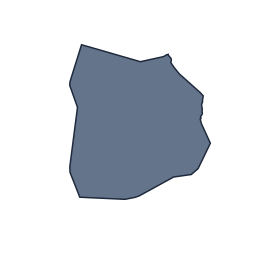 the border of Saint Thomas, rotated 119°
{"feature_id": "BRB-1999", "entity_name": "Saint Thomas", "entity_type": "Parish", "adm_level": 1, "iso_a3": "BRB", "parent_name": "Barbados", "parent_adm1": "", "projection": "orthographic", "projection_center": [-59.606, 13.184], "detail": "fine", "context": "isolated", "style": "filled", "palette": "slate", "viewbox_px": 256, "rotation_deg": 119, "n_neighbors": 0, "source": "natural_earth", "source_scale": "10m", "svg_char_len": 774}
<svg xmlns="http://www.w3.org/2000/svg" viewBox="0 0 256 256"><g transform="rotate(119 128 128)"><path d="M129.6,47.0L138.0,50.1L148.8,64.4L182.1,85.4L185.4,88.4L191.8,96.0L211.9,136.6L194.9,157.2L190.1,160.1L134.4,182.2L118.9,199.7L115.5,201.2L77.7,209.0L64.0,149.3L48.3,131.5L45.3,129.8L44.1,128.5L44.8,128.0L45.3,126.7L46.1,124.5L46.7,123.6L47.6,123.0L50.0,122.2L52.5,117.5L55.8,109.4L62.0,82.1L63.4,77.8L67.8,76.2L68.9,75.5L69.3,75.3L69.8,75.3L70.7,75.3L71.1,75.1L71.5,75.1L72.1,74.8L72.9,74.3L75.5,72.1L75.9,72.1L76.2,71.9L77.0,71.6L77.4,71.3L79.0,70.3L79.5,69.9L80.1,69.8L80.9,69.8L81.5,69.9L81.9,69.9L82.6,70.1L83.0,69.9L83.6,69.4L84.1,68.9L84.4,68.8L84.8,68.9L85.2,69.2L88.7,65.8L101.4,48.6L129.6,47.0Z" fill="#64748b" stroke="#1e293b" stroke-width="1.5"/></g></svg>